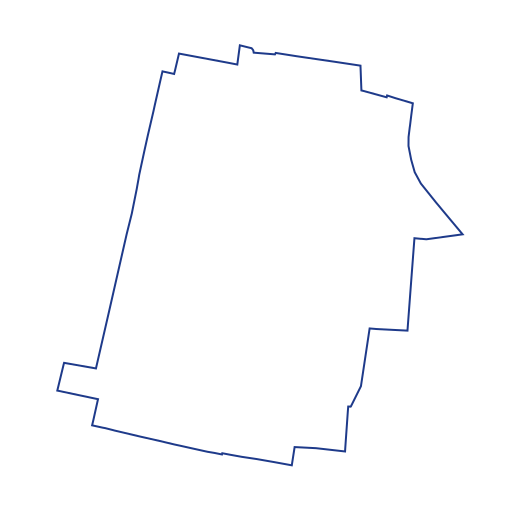 outline of Cezieni, Olt, Romania, rotated 266°
{"feature_id": "2599482B37595312342711", "entity_name": "Cezieni", "entity_type": "district", "adm_level": 2, "iso_a3": "ROU", "parent_name": "Romania", "parent_adm1": "Olt", "projection": "albers", "projection_center": [24.269, 44.184], "detail": "fine", "context": "isolated", "style": "outline", "palette": "blue", "viewbox_px": 512, "rotation_deg": 266, "n_neighbors": 0, "source": "geoboundaries", "source_scale": "gbopen_adm2", "svg_char_len": 1397}
<svg xmlns="http://www.w3.org/2000/svg" viewBox="0 0 512 512"><g transform="rotate(266 256 256)"><path d="M373.9,418.4L374.3,418.5L375.7,418.8L381.9,420.0L385.5,420.7L397.4,423.1L403.8,405.9L407.0,398.0L405.2,397.4L413.2,374.6L413.8,372.7L438.6,373.5L444.5,347.0L450.9,317.6L452.5,310.3L457.2,289.8L455.8,289.0L459.0,267.9L461.3,267.6L461.9,267.3L463.6,266.1L464.5,263.2L467.3,254.6L448.3,250.7L450.5,242.5L460.2,205.2L463.3,193.3L446.9,188.2L443.3,187.0L445.3,180.4L446.5,176.2L446.7,175.6L446.1,175.4L438.6,173.1L413.4,165.5L407.9,163.9L384.2,156.6L369.4,152.2L345.3,145.2L341.1,144.2L336.0,142.9L331.2,141.7L306.8,135.0L286.8,128.5L209.8,105.2L155.0,88.5L162.8,57.1L161.1,56.5L135.6,48.4L128.8,72.2L127.2,77.9L126.6,79.9L124.2,88.4L104.3,82.5L98.5,80.7L95.5,90.9L94.8,93.6L92.3,101.2L91.8,102.6L84.0,127.7L82.2,133.7L78.2,147.0L73.6,161.7L72.1,166.9L68.5,179.0L64.1,193.9L62.4,201.0L60.4,208.2L61.6,208.6L59.5,216.5L56.6,228.0L53.4,242.5L49.1,259.9L44.7,277.1L62.7,281.2L60.1,302.5L54.8,331.2L59.3,331.8L94.8,336.8L99.4,337.5L99.3,338.7L99.1,339.9L99.4,340.2L103.8,342.8L118.8,351.6L175.8,364.3L174.7,371.4L171.0,401.9L216.3,408.5L262.7,415.3L261.6,421.8L261.6,422.2L260.8,427.1L263.2,463.6L281.9,450.1L289.5,444.6L291.9,442.9L297.0,439.2L316.8,425.5L327.6,420.6L328.4,420.2L341.3,417.5L355.1,415.8L364.1,416.5L369.8,417.6L373.9,418.4Z" fill="none" stroke="#1e3a8a" stroke-width="2"/></g></svg>